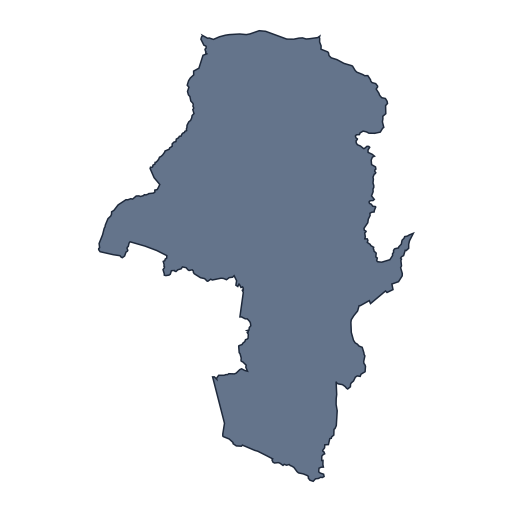 Acteopan, Puebla, Mexico
{"feature_id": "50627088B24925677971158", "entity_name": "Acteopan", "entity_type": "district", "adm_level": 2, "iso_a3": "MEX", "parent_name": "Mexico", "parent_adm1": "Puebla", "projection": "mercator", "projection_center": [-98.68, 18.751], "detail": "fine", "context": "isolated", "style": "filled", "palette": "slate", "viewbox_px": 512, "rotation_deg": 0, "n_neighbors": 0, "source": "geoboundaries", "source_scale": "gbopen_adm2", "svg_char_len": 6055}
<svg xmlns="http://www.w3.org/2000/svg" viewBox="0 0 512 512"><path d="M369.7,147.3L368.7,146.4L367.0,146.3L364.4,148.5L363.6,148.6L360.4,146.0L357.4,144.7L356.2,142.8L356.1,140.8L357.3,139.5L357.4,138.9L356.0,137.9L355.4,136.0L356.4,134.8L359.4,134.6L360.1,132.9L363.1,131.1L366.5,131.9L368.9,133.2L374.7,133.3L380.3,132.1L382.6,128.3L383.8,127.4L382.4,121.8L382.9,118.8L382.8,116.3L385.8,113.7L385.6,105.6L387.5,103.5L387.1,101.3L385.4,98.5L381.7,97.7L379.6,95.2L378.9,93.2L376.3,89.3L376.3,88.8L377.6,87.0L377.6,86.1L375.7,83.6L372.0,82.6L370.7,81.0L370.5,79.7L367.8,75.6L364.7,75.7L362.7,74.5L356.7,72.1L355.1,70.4L352.6,66.2L351.8,65.7L344.0,63.4L336.9,59.6L331.2,57.8L329.0,55.6L328.5,52.9L327.7,51.9L321.0,49.2L321.1,45.9L319.6,42.0L319.7,38.5L319.3,37.6L319.7,36.2L317.7,37.6L308.9,38.8L306.1,39.0L302.6,37.9L299.0,38.1L293.7,39.2L286.8,39.1L265.6,31.3L259.2,30.7L250.0,33.9L246.4,34.6L239.7,34.0L229.3,34.6L225.4,35.2L219.4,36.8L213.4,39.4L209.2,38.0L207.7,38.3L202.4,35.4L202.6,35.8L201.6,36.8L200.9,39.2L203.9,45.2L205.9,46.1L206.2,46.8L206.0,48.3L205.0,49.2L205.4,51.0L205.9,51.6L205.7,52.9L206.8,53.8L203.0,55.3L198.9,68.2L193.6,71.1L193.7,74.9L190.4,77.9L188.6,80.7L187.2,85.2L188.9,87.2L187.5,91.4L188.4,94.8L189.9,96.5L190.8,101.0L192.8,103.2L193.3,104.4L192.9,106.2L193.6,107.5L193.6,108.5L192.8,109.6L194.0,113.6L192.1,115.5L191.7,117.9L190.6,120.4L188.8,121.8L187.0,125.3L186.9,127.7L186.4,128.8L186.6,130.6L184.9,131.3L184.4,132.5L183.0,133.0L181.9,134.1L181.1,136.1L179.4,136.3L178.4,137.9L176.3,139.1L175.9,141.6L173.9,142.1L172.2,143.8L172.1,146.4L169.7,147.8L169.2,149.2L165.0,151.0L164.7,152.1L162.7,154.9L161.1,156.4L159.5,157.2L158.8,159.0L157.6,160.7L156.0,162.3L155.1,162.4L154.9,164.1L152.9,165.2L152.7,166.7L151.8,167.4L150.5,167.2L150.1,168.5L154.1,177.7L159.8,184.5L157.8,188.6L157.1,189.6L154.8,190.1L154.9,192.0L153.5,193.1L148.7,193.6L148.0,194.2L146.0,194.9L144.3,194.7L143.5,195.6L140.6,196.5L138.9,195.9L136.2,196.0L132.6,199.1L130.8,198.7L127.8,199.8L126.0,199.7L118.1,204.9L113.9,210.4L111.6,211.8L111.5,214.3L110.7,216.1L108.0,218.6L105.3,225.1L105.1,226.7L104.2,228.3L102.6,234.7L99.1,243.5L99.6,247.7L98.7,248.6L98.7,249.7L100.1,251.7L113.3,254.7L120.0,255.7L121.0,257.0L122.3,257.7L124.6,256.0L126.0,252.1L127.4,251.2L127.8,250.2L127.0,248.4L127.3,247.3L128.3,246.4L129.0,243.2L130.1,241.8L145.0,246.1L156.7,250.5L166.8,255.6L166.7,258.1L165.2,259.1L164.8,260.7L163.2,261.4L164.1,264.5L164.0,266.4L164.5,266.9L164.3,267.9L163.0,269.6L164.2,273.5L164.3,275.2L165.8,275.6L169.0,275.1L170.3,274.2L171.4,270.7L174.4,270.5L175.0,271.3L176.0,271.5L177.8,269.8L181.2,268.8L182.4,266.9L186.2,267.7L187.8,269.7L189.1,270.5L192.2,269.8L193.3,271.0L193.4,272.4L194.2,273.7L200.5,277.7L204.6,278.6L207.2,281.2L207.9,281.2L210.7,279.2L212.3,280.0L221.0,278.2L223.4,278.4L226.5,279.7L229.2,277.6L232.6,277.2L234.1,275.7L236.6,280.7L235.9,285.2L237.8,286.5L238.9,284.1L239.3,284.2L241.0,287.5L242.6,286.9L243.3,288.2L243.3,289.4L243.0,289.1L242.8,290.1L242.3,290.3L243.3,292.4L239.9,316.9L241.5,316.9L245.2,318.8L247.3,318.9L249.6,321.4L250.4,322.9L250.8,325.8L249.3,327.5L249.0,330.0L246.9,330.6L248.3,331.3L248.1,332.4L247.3,332.7L248.3,334.2L248.1,338.1L247.4,339.0L245.5,339.7L244.8,341.6L242.8,343.2L242.1,344.5L238.9,345.7L238.7,346.4L239.2,352.7L240.0,353.6L241.2,358.0L241.0,360.3L241.3,361.2L242.9,362.0L246.2,365.2L245.8,367.2L247.5,371.2L244.8,370.5L241.6,368.8L239.8,369.6L236.1,373.2L234.3,373.9L228.8,373.7L227.6,374.6L225.9,374.6L224.1,375.3L218.7,375.3L216.5,378.3L216.7,379.2L214.4,376.9L212.6,376.9L224.5,423.3L222.8,433.9L222.8,436.0L223.3,436.6L229.2,439.0L233.0,442.5L233.1,443.7L236.3,445.9L241.4,446.2L242.4,445.1L254.8,450.4L257.7,451.2L266.8,455.8L272.7,458.9L272.0,460.0L273.0,462.2L274.5,463.0L278.3,462.6L279.8,463.1L283.0,465.4L284.2,464.3L286.6,465.2L289.2,464.5L290.3,465.6L291.6,466.0L293.9,467.4L297.0,471.6L298.5,472.9L303.3,473.9L307.2,475.5L308.4,476.4L308.3,478.1L309.9,480.2L313.2,481.3L315.5,478.8L318.4,478.5L320.5,477.3L322.4,477.5L324.1,476.5L323.6,474.2L320.3,473.1L318.7,471.8L319.0,468.2L321.2,467.2L323.4,467.1L322.9,464.7L323.0,460.4L321.7,460.5L321.8,456.1L323.2,454.6L324.7,453.8L323.9,451.8L322.8,451.2L322.7,450.4L324.6,447.8L324.8,444.8L328.4,444.6L329.8,438.6L331.3,438.3L331.7,436.8L333.8,435.1L334.0,429.3L335.0,428.6L336.3,425.6L337.2,410.8L336.1,404.4L336.2,398.6L336.7,394.5L336.1,381.6L336.6,382.9L338.2,383.9L342.4,384.6L345.1,386.5L346.6,388.3L347.7,389.0L350.4,386.8L350.6,384.0L351.2,383.0L353.5,381.0L355.4,377.1L357.3,375.9L360.2,376.4L361.0,374.2L365.1,371.7L365.5,366.3L364.9,364.7L363.9,363.4L363.7,361.4L364.9,355.9L364.1,354.5L363.9,352.8L362.2,347.3L359.1,346.1L357.3,344.1L355.2,342.9L353.5,340.3L351.3,332.4L350.9,322.4L351.3,319.7L353.8,315.7L357.6,311.0L359.1,305.7L360.2,305.7L369.3,300.6L370.5,303.6L385.5,291.0L387.0,292.5L393.0,289.6L391.9,284.0L398.5,281.7L402.2,275.9L402.3,273.5L400.6,267.7L401.5,265.9L400.9,260.5L401.5,259.1L400.6,258.2L401.6,256.7L403.6,255.6L405.2,250.3L406.2,250.6L408.7,248.3L408.7,244.3L409.5,240.8L413.3,233.3L409.1,235.0L407.4,236.1L404.7,236.6L403.9,238.5L402.3,239.9L401.9,240.9L401.3,244.2L398.8,246.8L398.5,247.9L394.9,248.7L394.1,249.4L393.5,250.6L393.6,252.3L392.5,253.8L392.6,255.5L389.9,259.7L381.6,262.2L377.5,261.7L376.7,260.6L377.3,258.0L375.8,256.9L376.2,253.1L374.0,251.1L373.9,249.9L373.3,248.9L373.7,247.3L370.8,245.6L370.2,244.4L367.3,242.4L367.9,240.4L367.3,238.9L364.8,238.8L365.3,236.8L364.7,233.0L366.1,231.6L366.0,231.2L364.3,230.2L364.0,228.3L367.8,222.7L368.3,219.2L370.1,215.5L369.9,213.3L371.8,212.2L374.1,212.0L374.4,210.3L375.7,207.1L375.5,206.6L372.7,206.2L371.3,204.2L369.8,203.6L369.2,202.8L369.1,201.8L369.6,201.1L371.0,200.6L372.9,200.6L374.3,199.4L371.5,195.9L373.1,191.8L373.0,189.1L373.8,187.4L373.8,185.6L373.0,183.0L373.4,179.2L373.0,177.1L374.3,174.1L375.2,173.7L375.8,172.7L374.7,171.2L374.9,170.0L375.9,169.1L375.5,166.9L371.6,164.6L371.2,160.1L372.4,157.1L374.5,156.2L372.2,154.3L368.1,152.4L368.0,150.0L369.7,147.3Z" fill="#64748b" stroke="#1e293b" stroke-width="1.5"/></svg>